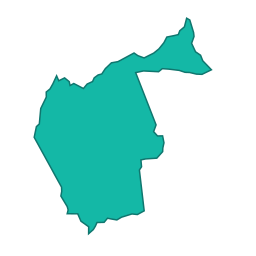 Muliterno, Rio Grande do Sul, Brazil (Albers equal-area conic projection), rotated 78°
{"feature_id": "56859067B58975404223376", "entity_name": "Muliterno", "entity_type": "district", "adm_level": 2, "iso_a3": "BRA", "parent_name": "Brazil", "parent_adm1": "Rio Grande do Sul", "projection": "albers", "projection_center": [-51.789, -28.312], "detail": "fine", "context": "isolated", "style": "filled", "palette": "teal", "viewbox_px": 256, "rotation_deg": 78, "n_neighbors": 0, "source": "geoboundaries", "source_scale": "gbopen_adm2", "svg_char_len": 1166}
<svg xmlns="http://www.w3.org/2000/svg" viewBox="0 0 256 256"><g transform="rotate(78 128 128)"><path d="M32.8,47.8L40.8,51.8L43.6,57.1L47.1,59.4L47.2,63.8L47.1,71.1L52.0,75.1L57.1,81.4L60.1,87.3L62.8,97.7L59.3,103.3L55.9,106.5L61.0,124.0L60.8,130.7L65.2,137.8L69.7,142.4L69.9,146.2L71.9,150.6L75.2,153.0L76.5,158.8L80.1,163.4L76.4,167.9L73.2,171.8L74.4,175.8L70.4,175.9L65.8,179.6L67.4,185.9L62.1,187.0L69.2,192.3L73.6,196.2L75.8,200.5L80.8,201.5L90.8,209.3L105.6,213.9L107.6,217.3L117.6,221.7L152.7,211.1L159.2,209.2L172.0,205.3L176.2,206.0L180.6,207.8L192.2,203.8L195.7,203.6L199.2,205.3L201.5,195.0L209.4,193.4L216.4,187.0L223.2,188.5L220.1,183.0L217.2,180.3L214.0,178.0L215.3,171.0L212.0,166.8L213.5,163.3L215.6,158.0L213.9,152.9L212.9,142.0L214.6,136.8L212.4,129.4L171.5,125.6L168.7,122.8L161.9,122.0L161.9,117.2L163.5,106.1L158.3,99.0L154.8,98.1L150.0,95.9L142.9,95.8L141.9,100.8L136.9,103.7L130.8,99.9L75.4,109.0L75.4,101.0L79.3,86.4L77.1,82.1L78.9,75.8L82.3,65.9L85.4,60.6L86.5,56.2L89.5,49.9L90.9,44.5L88.4,34.3L77.8,40.9L71.9,41.9L67.5,46.1L58.4,48.2L52.2,44.4L48.3,44.0L35.2,45.1L32.8,47.8Z" fill="#14b8a6" stroke="#0f766e" stroke-width="1.5"/></g></svg>